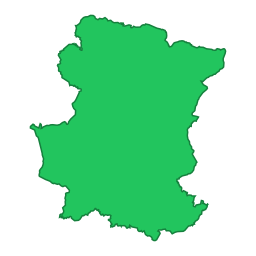 the district of Moyahua de Estrada, Zacatecas, Mexico
{"feature_id": "50627088B96990632863849", "entity_name": "Moyahua de Estrada", "entity_type": "district", "adm_level": 2, "iso_a3": "MEX", "parent_name": "Mexico", "parent_adm1": "Zacatecas", "projection": "orthographic", "projection_center": [-103.164, 21.196], "detail": "fine", "context": "isolated", "style": "filled", "palette": "green", "viewbox_px": 256, "rotation_deg": 0, "n_neighbors": 0, "source": "geoboundaries", "source_scale": "gbopen_adm2", "svg_char_len": 5720}
<svg xmlns="http://www.w3.org/2000/svg" viewBox="0 0 256 256"><path d="M206.5,205.1L204.3,203.7L202.8,203.4L203.5,202.1L202.9,200.8L201.4,200.5L200.6,204.1L196.2,205.0L195.1,206.8L193.6,206.3L193.3,205.9L193.8,204.1L193.3,203.4L193.9,203.0L193.6,202.4L192.7,202.3L193.6,200.6L194.1,197.5L195.2,196.0L192.0,196.0L191.2,195.2L189.7,195.1L187.8,195.1L187.2,195.6L186.5,193.8L187.2,193.4L187.4,192.8L186.9,192.3L185.8,192.2L185.4,191.6L183.5,190.7L182.4,191.7L181.9,191.4L181.4,190.6L181.7,188.0L181.3,187.1L180.2,187.0L180.2,186.3L179.3,185.7L179.0,184.2L178.0,183.1L178.3,182.6L177.6,182.3L177.6,181.5L176.9,181.4L176.9,179.3L179.2,178.8L179.1,177.9L182.3,175.9L187.5,174.6L188.3,173.7L190.0,173.7L191.9,172.4L193.6,170.1L194.3,166.4L195.7,165.1L195.9,163.4L196.9,162.2L192.4,154.4L192.5,153.5L193.7,151.8L193.8,150.6L191.5,148.7L191.6,146.9L189.7,144.2L189.4,141.5L187.9,139.2L187.3,135.5L187.7,132.2L187.3,129.8L188.0,128.2L189.1,127.5L189.8,126.2L191.2,126.4L191.4,123.3L192.3,123.0L192.8,122.1L194.4,120.9L196.3,121.1L196.4,120.3L198.4,117.3L198.5,117.0L197.0,116.5L192.6,115.6L192.0,114.4L192.3,113.0L194.8,110.7L195.5,106.3L196.7,104.7L197.9,100.0L198.6,99.3L199.2,97.5L202.8,92.7L206.6,89.5L207.4,88.3L207.0,86.8L203.3,84.7L201.1,81.2L202.9,81.5L206.8,77.8L208.6,77.2L209.0,76.6L210.5,75.8L212.1,75.6L213.9,74.3L215.2,74.2L216.9,72.5L219.2,71.0L219.8,69.4L222.1,68.6L223.6,67.0L223.9,62.7L223.2,60.5L223.2,58.5L225.1,53.5L225.6,51.1L224.9,49.4L224.2,48.8L223.4,48.8L220.4,50.0L219.9,49.3L217.3,48.7L216.3,49.2L215.9,50.2L214.9,50.3L212.9,50.1L211.8,49.4L206.5,48.8L203.2,47.3L200.2,47.2L199.3,46.5L197.8,47.6L196.4,47.7L191.6,45.7L191.5,44.7L190.4,44.7L190.1,43.5L189.4,43.0L186.4,42.6L186.4,42.1L184.8,41.9L183.9,41.1L182.1,40.8L179.1,41.2L178.4,41.7L174.8,42.6L173.9,43.1L171.5,46.4L169.6,46.9L168.6,45.8L168.9,45.5L167.2,42.2L165.0,40.4L165.4,39.0L166.4,37.8L166.7,35.8L166.4,32.6L166.1,32.0L165.7,32.1L165.1,30.5L162.5,29.4L161.5,29.7L160.7,29.1L156.9,28.2L149.0,24.7L145.5,24.0L144.8,25.0L143.2,24.8L141.7,25.5L140.2,27.1L135.7,27.2L133.6,26.3L132.6,27.5L131.1,27.7L130.7,27.3L131.1,25.5L129.0,24.9L124.8,26.1L123.2,25.8L123.8,24.8L121.7,24.3L122.7,23.4L123.3,23.6L123.3,23.2L120.8,23.0L119.3,23.5L117.9,22.5L114.1,22.7L112.4,21.9L110.7,20.3L107.9,20.8L107.0,19.2L105.0,17.6L102.4,19.0L99.6,18.4L98.0,19.7L96.0,18.8L95.0,17.7L94.8,16.6L93.1,15.5L90.4,15.4L87.9,16.7L85.3,16.9L83.5,17.6L81.0,20.1L80.3,22.5L79.3,23.7L76.8,25.6L75.6,25.6L76.2,26.9L76.4,29.4L76.0,29.8L75.7,32.0L75.1,32.8L75.7,34.2L75.2,35.3L76.3,36.1L76.2,36.7L76.7,36.9L77.3,36.3L78.1,36.3L78.9,37.2L80.4,37.8L79.9,39.1L81.5,40.9L80.9,42.9L81.4,45.3L80.9,47.5L82.0,48.3L81.9,50.2L81.3,50.3L79.8,49.4L80.2,48.6L79.1,47.1L77.4,46.8L77.5,45.9L76.0,45.6L76.6,44.9L76.0,44.0L75.4,43.9L74.9,44.7L74.3,44.6L73.9,43.6L73.2,44.2L72.7,43.8L71.7,44.4L69.1,44.4L63.7,49.0L63.6,50.3L62.2,50.3L61.4,51.6L60.3,51.2L59.9,51.6L60.2,53.3L58.7,53.8L58.4,55.3L61.0,59.8L60.0,61.5L60.5,63.3L59.7,64.0L57.9,64.5L57.5,65.7L58.4,67.0L58.7,68.5L58.6,70.5L58.9,71.2L60.8,72.1L60.7,73.8L62.0,75.1L62.0,77.6L68.9,82.0L69.8,85.5L70.3,85.1L71.4,85.2L73.0,85.5L73.6,86.1L74.4,85.6L74.5,86.1L75.4,86.1L75.8,87.0L76.7,87.4L77.6,87.0L77.9,87.7L77.6,88.3L77.9,88.7L80.7,88.9L81.2,89.3L81.1,90.9L79.2,91.6L79.3,92.4L76.0,99.6L74.6,101.8L72.4,103.5L72.3,104.3L72.9,106.6L73.8,108.5L75.6,110.3L75.4,114.7L70.7,119.1L68.6,122.0L68.3,123.5L67.4,124.3L66.7,124.2L65.7,122.3L64.6,121.7L62.4,122.6L59.8,124.6L57.1,125.2L52.5,124.7L50.4,124.9L49.0,125.5L46.8,125.4L43.4,126.9L42.2,128.1L41.2,128.4L41.6,127.0L41.1,124.4L40.2,123.7L38.8,128.0L35.1,126.2L34.1,125.3L34.2,124.9L33.0,124.2L30.5,126.4L30.4,128.0L34.6,130.0L36.4,135.8L38.1,137.3L38.5,138.4L42.2,153.3L42.3,155.0L43.6,158.9L43.0,161.6L43.4,162.4L43.2,164.2L42.2,167.1L40.2,169.5L39.5,170.9L39.7,172.3L39.1,175.1L39.4,176.3L45.6,179.5L50.0,181.2L52.2,183.1L53.5,183.6L54.4,183.3L57.4,184.3L59.1,183.9L60.7,185.5L62.4,186.5L63.3,186.5L64.5,185.9L65.9,186.1L69.4,190.2L69.2,192.2L68.8,192.5L66.2,193.0L65.6,193.8L65.8,195.2L65.0,198.3L65.6,200.0L65.2,201.5L65.4,205.2L62.7,207.8L63.7,210.9L63.6,212.1L62.5,213.9L60.5,214.3L60.0,214.8L59.6,217.2L61.8,216.0L61.4,217.6L62.1,217.7L62.6,217.0L63.0,217.1L63.0,217.9L63.9,218.8L65.0,217.8L66.4,218.3L67.2,217.3L68.9,217.7L69.6,216.7L70.4,216.4L71.4,217.1L71.4,218.1L74.6,220.7L78.5,220.3L80.0,219.2L82.3,215.7L83.7,215.7L85.7,214.3L87.7,215.2L88.3,213.3L89.9,212.5L90.7,211.1L93.1,210.9L94.9,209.4L95.0,208.6L95.7,208.5L97.1,210.4L97.5,210.4L98.1,209.6L98.6,209.7L98.7,211.2L100.1,212.0L99.6,212.8L101.1,215.0L101.9,215.0L102.4,214.3L102.9,214.3L103.8,215.9L105.6,214.6L107.6,215.3L109.7,214.9L110.9,215.6L110.4,217.3L110.7,218.4L110.3,219.0L108.5,219.5L108.5,220.2L110.4,221.3L111.1,223.2L112.0,224.1L110.7,225.3L110.9,227.0L111.9,226.5L112.7,226.9L113.3,226.3L114.6,226.0L115.3,224.4L117.0,223.9L117.4,225.4L118.0,226.0L120.7,225.5L121.2,226.3L121.3,225.8L124.3,225.6L125.7,226.4L126.6,228.0L127.3,228.1L127.9,227.4L130.0,227.7L129.4,226.3L129.7,225.2L132.0,226.9L137.3,228.0L138.0,230.5L139.1,231.4L140.4,231.4L141.3,230.7L142.3,232.0L144.1,230.9L145.5,234.5L147.6,236.0L149.4,235.7L151.5,237.1L152.2,238.5L152.1,239.5L153.8,240.5L155.1,240.6L156.6,239.8L160.1,233.5L159.5,231.9L157.9,231.1L158.7,230.0L161.9,230.0L162.4,229.5L165.3,229.1L166.3,230.8L168.5,230.7L170.2,231.1L172.2,233.8L175.2,232.2L177.6,231.6L183.2,231.3L184.8,230.4L188.5,226.0L190.4,225.8L191.9,224.8L192.5,225.6L193.2,224.5L194.5,224.1L193.9,222.9L194.7,222.4L195.3,221.2L197.1,220.2L198.5,218.7L199.2,216.2L200.4,214.6L201.6,214.1L201.9,211.1L203.0,210.1L203.6,210.5L205.5,209.1L205.7,209.3L207.1,206.8L207.4,204.7L207.8,204.4L207.5,204.0L206.5,205.1Z" fill="#22c55e" stroke="#15803d" stroke-width="1.5"/></svg>